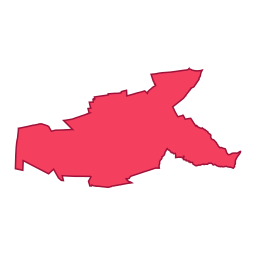 outline of Atitalaquia, Hidalgo, Mexico
{"feature_id": "50627088B26286017381261", "entity_name": "Atitalaquia", "entity_type": "district", "adm_level": 2, "iso_a3": "MEX", "parent_name": "Mexico", "parent_adm1": "Hidalgo", "projection": "albers", "projection_center": [-99.201, 20.06], "detail": "fine", "context": "isolated", "style": "filled", "palette": "rose", "viewbox_px": 256, "rotation_deg": 0, "n_neighbors": 0, "source": "geoboundaries", "source_scale": "gbopen_adm2", "svg_char_len": 5730}
<svg xmlns="http://www.w3.org/2000/svg" viewBox="0 0 256 256"><path d="M63.6,120.5L66.5,123.4L71.2,128.1L72.7,129.6L70.4,129.6L62.5,130.0L55.2,130.2L51.6,131.2L51.2,131.0L50.7,130.1L50.1,129.1L48.8,126.7L47.7,125.9L44.6,124.8L41.4,123.8L40.9,123.9L40.0,123.9L39.0,124.0L38.4,124.4L38.2,124.3L34.5,125.1L34.1,125.2L33.7,125.1L31.0,125.7L28.9,126.2L27.1,126.6L18.8,128.3L18.4,128.3L18.4,129.2L18.5,129.1L17.5,138.6L17.2,139.5L16.6,143.3L16.2,147.7L15.8,155.3L15.4,168.7L22.8,170.3L23.2,160.6L48.6,173.8L53.6,169.2L58.5,177.9L61.1,180.2L61.4,180.3L61.5,180.4L63.4,180.6L62.2,175.7L70.0,176.1L75.2,176.3L76.8,176.3L80.5,176.3L88.8,176.4L89.3,176.4L90.1,176.3L91.0,176.8L90.6,177.4L90.2,178.3L88.7,180.9L88.5,181.3L89.6,184.9L89.8,185.9L90.5,185.9L91.5,185.9L91.7,185.1L92.5,185.4L93.0,185.6L95.0,186.0L96.3,186.2L99.0,186.3L99.7,186.4L108.2,187.3L111.4,186.5L111.5,186.3L111.8,186.1L112.3,186.0L113.3,186.0L115.7,185.5L118.3,185.1L119.5,184.8L120.1,184.8L120.3,184.8L122.9,184.2L128.0,183.3L128.5,183.2L128.8,183.2L129.1,183.1L130.6,183.0L131.8,182.8L131.3,182.5L130.7,182.2L130.1,181.9L129.5,181.8L129.1,181.5L128.4,181.3L128.2,181.1L127.8,180.6L126.9,179.9L126.1,178.7L126.5,178.6L126.9,178.6L127.2,178.9L127.3,178.9L129.1,178.5L130.3,176.6L130.9,176.2L140.2,173.1L145.5,171.3L148.2,170.5L155.4,168.1L159.3,168.1L159.2,167.7L159.1,166.9L159.0,165.9L159.1,165.2L159.6,163.6L159.7,163.2L159.6,162.7L159.6,162.3L159.7,161.6L160.3,160.2L161.3,159.3L161.8,158.5L162.0,157.7L162.0,156.9L162.3,156.5L162.9,156.2L163.8,155.5L163.9,155.4L164.8,153.6L164.9,152.5L166.0,150.7L166.5,149.4L167.2,148.6L168.2,149.9L169.5,150.3L170.6,151.7L171.3,152.6L172.4,152.5L173.5,153.7L175.2,153.4L175.7,155.1L175.6,157.6L178.6,157.2L179.9,157.1L180.0,157.3L180.7,157.2L181.3,157.4L182.2,157.6L182.9,158.2L183.2,158.4L183.3,158.6L183.4,158.4L183.4,157.4L183.5,156.3L183.9,156.3L183.4,159.4L183.5,159.6L186.3,160.0L186.2,160.7L189.1,161.2L189.0,161.9L190.4,162.1L190.4,162.5L192.5,162.4L193.0,164.0L195.4,165.5L196.0,165.8L196.8,165.7L198.9,165.0L200.1,165.2L200.8,164.8L201.2,164.7L201.6,164.5L202.5,164.2L203.2,164.2L203.4,164.3L203.6,164.3L203.8,164.5L204.0,164.6L204.3,164.3L204.5,164.3L205.2,164.2L205.5,164.2L206.7,164.3L207.2,164.3L207.9,164.1L208.2,163.6L208.7,163.2L209.0,163.1L209.4,163.2L209.7,163.3L210.2,163.3L211.0,163.3L211.5,163.2L211.7,163.3L211.9,163.5L212.2,163.7L212.5,164.2L212.8,164.7L212.9,164.8L213.7,164.9L213.9,164.9L214.1,164.8L214.2,164.7L214.3,164.6L214.5,164.4L214.8,164.4L215.3,164.5L215.5,164.7L215.7,164.9L216.3,165.3L216.6,165.6L216.8,165.7L217.3,166.0L217.8,166.0L218.3,166.2L218.8,166.5L219.1,166.6L219.3,166.5L220.0,166.4L220.4,166.7L221.0,166.7L221.4,166.5L221.6,166.5L221.9,166.4L222.5,166.8L223.4,166.8L223.8,166.8L224.2,166.6L224.5,166.6L225.1,166.5L225.4,166.5L225.6,166.4L226.1,166.3L227.1,166.6L227.5,166.8L228.2,166.9L229.2,167.1L230.0,167.2L230.6,167.1L233.0,168.1L233.5,168.1L234.0,167.3L234.6,166.7L234.5,165.5L234.8,164.6L235.4,163.8L235.2,163.0L235.4,162.1L235.4,161.4L235.4,160.6L236.1,159.0L236.7,157.9L237.4,156.6L238.3,155.5L238.9,154.6L239.6,153.7L240.3,152.6L240.5,151.7L240.6,150.9L240.2,151.5L238.8,152.2L238.0,152.9L236.7,153.1L235.5,153.1L233.6,153.1L232.0,153.3L230.4,154.3L229.4,154.6L229.2,154.6L228.1,154.5L227.6,154.0L227.0,153.2L226.3,151.8L226.0,150.6L225.7,149.7L225.1,148.7L224.0,148.5L222.6,148.1L221.9,147.7L221.3,147.5L220.2,147.6L219.7,147.7L219.4,147.3L219.0,146.7L218.5,146.4L218.2,146.1L217.9,145.5L217.8,145.0L217.6,144.6L217.3,144.2L216.9,143.9L216.6,143.6L216.4,142.7L216.0,142.3L215.7,141.9L215.3,141.6L214.4,140.5L214.0,140.2L213.6,139.8L213.2,139.7L212.8,139.7L212.4,139.6L211.9,139.2L211.7,138.9L211.1,138.1L210.8,137.6L210.6,136.8L210.9,136.1L210.9,135.6L210.7,134.9L210.6,134.7L210.3,134.5L210.1,134.2L209.4,133.9L208.5,133.2L207.8,132.1L207.8,131.8L205.1,130.0L205.1,129.7L204.9,129.5L204.3,129.5L203.3,128.8L202.6,128.3L202.2,127.9L201.7,128.4L200.8,128.2L199.6,127.8L199.3,127.5L198.8,127.4L198.1,127.1L196.6,125.5L196.0,126.2L195.6,125.7L193.8,123.1L193.2,122.1L192.9,121.7L191.7,119.8L190.7,118.3L190.3,118.4L190.0,118.4L189.4,118.5L188.9,118.5L187.2,118.8L186.9,118.9L186.1,119.0L185.5,119.1L185.1,119.1L183.2,115.3L182.8,115.2L182.6,115.5L182.4,115.5L180.4,116.1L179.9,116.2L178.3,116.6L177.8,116.6L175.8,113.1L174.0,109.8L174.1,109.6L172.7,106.9L173.6,106.1L180.7,100.5L183.5,98.2L183.8,97.9L183.9,97.7L185.3,95.9L185.8,95.7L185.7,95.3L186.9,93.8L187.5,93.0L187.8,92.7L189.3,90.7L189.8,90.2L189.7,90.1L191.0,88.6L190.8,88.3L193.8,86.9L194.6,85.8L195.2,84.8L195.6,84.4L196.9,82.3L197.0,82.3L197.8,81.1L199.1,79.1L198.9,78.7L199.0,78.3L199.2,77.8L199.7,77.1L200.2,76.2L200.7,73.8L201.1,72.1L201.7,71.2L202.2,70.1L200.4,70.6L197.4,70.9L196.4,70.9L195.6,70.8L193.8,70.5L192.1,70.1L190.9,69.5L190.3,69.2L190.0,69.2L189.6,69.0L188.9,68.8L188.9,68.7L188.1,69.5L187.7,69.7L187.0,69.9L186.3,70.0L180.8,70.7L177.5,71.2L174.5,71.6L170.9,72.1L167.0,72.4L162.7,72.7L159.5,73.1L154.7,74.0L153.1,74.1L151.8,74.2L151.1,74.3L153.3,81.1L153.6,81.1L154.6,84.1L155.1,84.0L155.6,85.6L152.7,87.3L151.2,88.7L149.6,90.0L148.2,91.3L147.8,91.8L147.4,93.3L145.6,91.7L144.7,90.9L140.0,92.3L139.9,92.3L138.2,92.7L136.7,93.1L132.3,94.4L126.8,95.9L126.7,95.3L126.8,94.9L126.7,93.2L126.6,91.2L126.5,90.3L123.6,91.0L122.6,91.3L121.3,91.7L121.2,92.1L121.2,92.7L119.5,93.1L117.8,93.3L113.9,93.4L111.4,93.6L108.4,93.8L108.1,93.9L108.2,94.2L108.3,94.5L108.2,94.9L108.1,95.0L99.7,96.2L94.4,97.0L94.8,98.7L93.8,98.8L93.7,98.8L94.2,99.6L93.1,99.8L93.2,100.0L93.1,102.1L89.3,102.2L89.7,104.0L90.0,105.5L90.8,108.2L88.0,108.5L88.4,110.0L88.7,111.3L89.0,112.7L89.8,112.9L87.4,113.7L87.5,113.9L77.5,117.3L75.4,118.0L72.4,119.1L65.4,120.3L63.6,120.5Z" fill="#f43f5e" stroke="#9f1239" stroke-width="1.5"/></svg>